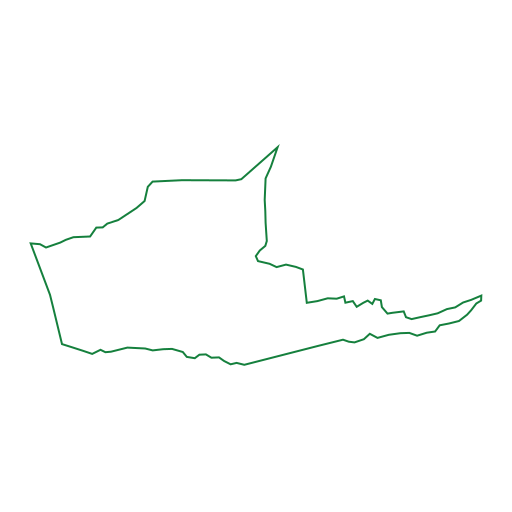 Palmeirina, Pernambuco, Brazil
{"feature_id": "56859067B2059409323085", "entity_name": "Palmeirina", "entity_type": "district", "adm_level": 2, "iso_a3": "BRA", "parent_name": "Brazil", "parent_adm1": "Pernambuco", "projection": "mercator", "projection_center": [-36.237, -8.996], "detail": "fine", "context": "isolated", "style": "outline", "palette": "green", "viewbox_px": 512, "rotation_deg": 0, "n_neighbors": 0, "source": "geoboundaries", "source_scale": "gbopen_adm2", "svg_char_len": 1397}
<svg xmlns="http://www.w3.org/2000/svg" viewBox="0 0 512 512"><path d="M152.6,181.6L147.8,186.8L144.6,201.0L136.5,208.0L118.3,220.0L107.3,223.6L102.7,227.4L96.3,227.6L90.1,236.5L73.4,237.2L65.9,239.8L60.2,242.6L46.0,247.5L40.0,244.2L30.7,243.4L50.0,294.8L53.2,307.7L62.0,344.1L71.5,347.1L83.3,350.9L92.2,353.9L100.5,349.8L105.4,352.2L111.0,351.7L127.4,347.6L145.2,348.5L152.7,350.4L163.2,349.2L172.0,348.9L182.8,352.0L186.8,356.9L194.8,358.2L199.4,354.7L205.9,354.4L211.4,357.7L219.0,357.4L224.1,361.0L230.6,364.3L236.6,362.9L244.3,364.8L318.1,345.9L343.0,339.7L348.8,341.7L354.5,342.4L363.9,339.2L369.8,333.8L377.5,337.9L388.8,334.8L400.4,333.2L409.3,332.9L417.1,335.7L426.8,332.7L435.1,331.5L439.7,325.3L449.0,323.5L459.0,321.0L467.1,314.7L471.1,310.3L476.3,303.5L481.1,300.6L481.3,295.6L471.1,299.9L463.1,302.5L455.2,307.4L446.9,309.1L437.7,313.3L429.1,315.3L420.5,317.1L411.6,319.1L406.0,317.2L403.7,311.4L392.4,312.8L387.5,313.6L381.9,307.1L380.8,300.3L374.9,299.0L372.3,303.9L367.7,300.6L363.3,302.8L356.7,306.8L352.8,301.1L345.4,302.7L344.0,296.4L336.7,298.7L327.7,298.3L317.4,301.1L306.8,302.8L302.9,269.5L295.9,266.9L286.0,264.6L276.6,267.1L269.6,263.8L258.0,261.1L255.8,256.1L259.8,250.5L265.3,245.9L266.8,241.0L265.6,222.8L265.3,211.1L264.7,199.9L265.6,178.4L270.9,166.7L277.6,147.2L241.3,179.2L235.6,180.4L181.9,180.2L152.6,181.6Z" fill="none" stroke="#15803d" stroke-width="2"/></svg>